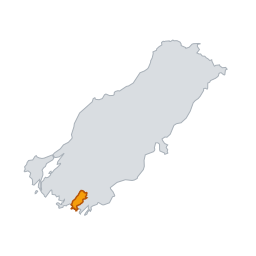 Turkey, with Aydin highlighted, rotated 316°
{"feature_id": "TUR-2229", "entity_name": "Aydin", "entity_type": "Province", "adm_level": 1, "iso_a3": "TUR", "parent_name": "Turkey", "parent_adm1": "", "projection": "natural_earth1", "projection_center": [27.708, 37.721], "detail": "fine", "context": "in_parent", "style": "filled", "palette": "amber", "viewbox_px": 256, "rotation_deg": 316, "n_neighbors": 0, "source": "natural_earth", "source_scale": "10m", "svg_char_len": 4793}
<svg xmlns="http://www.w3.org/2000/svg" viewBox="0 0 256 256"><g transform="rotate(316 128 128)"><path d="M198.8,90.6L202.5,91.9L203.7,91.0L207.0,91.1L210.0,91.8L211.5,89.8L213.6,90.0L214.0,91.0L215.0,91.4L218.2,94.0L217.9,94.3L218.7,95.3L221.4,95.9L221.7,97.2L223.9,99.2L225.1,102.3L224.6,104.4L223.5,105.7L225.4,110.3L224.9,110.9L228.2,112.4L232.3,112.2L233.6,112.8L237.7,116.4L238.7,117.8L236.0,116.1L234.5,117.6L233.9,121.2L229.7,121.8L230.5,124.1L231.7,125.2L231.4,127.4L231.8,128.3L233.1,129.7L233.0,131.7L233.6,133.8L233.7,136.3L235.6,137.1L234.8,138.2L233.1,143.3L233.3,143.7L234.6,143.8L237.7,146.2L237.2,147.0L237.7,150.2L240.4,152.3L240.1,153.4L240.2,154.5L238.3,154.0L234.7,156.9L234.2,156.8L233.7,155.8L233.4,152.9L232.4,152.2L231.2,152.0L229.2,153.3L227.3,153.3L225.4,153.0L220.4,151.2L218.5,151.8L216.6,151.1L213.0,154.7L211.9,155.0L211.3,153.2L209.9,152.2L208.3,153.6L202.0,155.3L199.0,155.6L195.4,155.0L192.4,155.2L184.5,159.1L176.8,161.3L169.8,161.1L165.9,158.6L162.9,158.0L154.1,161.8L149.7,161.7L148.2,160.1L144.9,159.5L144.2,161.0L143.6,164.5L144.8,167.8L143.0,168.0L141.8,168.7L141.5,171.2L139.8,172.2L139.3,173.7L139.0,173.7L136.2,172.5L136.9,171.3L135.0,166.7L135.9,165.3L139.4,161.6L139.2,159.4L137.6,157.9L133.1,160.6L132.7,161.7L131.7,162.5L130.0,162.8L121.8,159.3L117.1,162.4L113.1,166.9L110.1,168.6L101.0,169.8L99.5,170.7L96.4,169.8L94.5,168.6L90.2,163.4L82.3,159.5L73.9,158.6L73.2,159.6L72.9,163.5L71.6,167.3L71.0,167.7L69.1,166.7L62.7,168.9L57.2,166.5L56.2,165.4L55.0,161.1L54.2,160.8L53.3,161.4L52.4,161.3L48.4,159.5L46.3,159.3L45.0,161.2L43.0,161.9L42.9,161.4L43.7,160.2L40.4,160.5L38.7,161.4L36.3,160.8L36.4,160.3L38.4,159.7L42.8,159.1L45.6,156.2L35.0,156.3L34.0,156.9L33.9,155.4L34.5,154.7L37.2,154.2L37.1,152.9L35.4,151.6L33.5,150.9L32.7,147.8L31.8,147.0L31.9,146.5L33.6,146.0L34.0,143.7L33.7,142.3L30.3,141.0L29.5,141.2L28.7,139.9L27.3,139.1L26.1,139.8L22.7,137.9L23.3,136.5L24.1,136.6L24.3,135.5L23.6,133.7L23.7,132.8L24.4,132.6L25.3,132.8L26.1,133.8L26.2,135.8L27.2,137.0L27.8,135.8L29.4,136.5L32.1,135.9L32.7,135.3L30.6,135.4L29.9,134.9L28.2,131.6L29.9,130.6L31.2,129.0L28.8,127.9L29.3,125.6L27.3,123.1L30.0,119.8L29.8,119.3L29.0,119.1L20.7,120.5L20.5,119.0L21.2,117.8L21.1,114.6L21.5,112.9L23.0,112.4L24.9,109.9L28.0,106.9L31.2,107.0L32.5,106.2L34.4,106.1L34.9,107.3L36.6,108.1L39.5,108.0L40.9,107.2L39.6,105.7L41.2,105.3L42.6,105.6L41.8,107.2L42.2,107.4L46.0,106.9L50.0,107.3L54.4,107.1L54.9,106.6L51.8,105.0L53.8,103.6L54.9,103.3L64.1,102.0L64.1,101.7L58.5,101.0L55.6,99.1L54.8,98.1L55.3,95.6L56.0,95.0L58.0,94.9L64.9,96.0L69.8,95.3L75.2,96.9L80.4,96.6L81.4,95.9L82.7,93.5L89.9,89.6L92.4,87.6L103.6,83.6L120.5,84.3L123.4,82.7L125.2,83.2L124.7,84.3L124.8,85.2L126.9,87.6L130.0,89.0L134.1,87.8L135.7,88.2L137.3,92.0L139.9,94.2L141.2,94.4L142.7,93.0L144.2,92.9L146.7,94.2L147.6,95.5L155.8,97.0L157.5,98.1L163.0,99.3L175.0,96.6L179.5,98.4L183.3,99.0L184.8,98.7L189.6,96.6L191.1,95.4L194.1,94.4L197.8,92.0L198.8,90.6ZM42.8,84.1L42.5,85.7L43.2,87.6L44.9,90.1L46.7,91.4L54.9,94.8L53.7,98.1L51.7,98.6L44.7,97.0L41.8,98.3L39.7,98.0L36.9,98.6L36.1,100.5L34.1,102.7L28.4,105.5L23.2,110.9L21.8,111.6L22.4,109.8L22.4,108.2L24.6,106.3L27.8,104.8L28.6,103.6L20.7,103.8L19.9,102.2L20.7,101.8L23.3,98.8L23.6,97.6L23.3,94.7L26.5,93.0L26.8,92.3L26.3,89.4L23.3,87.8L23.3,86.9L25.5,86.2L26.7,84.1L29.8,83.8L31.3,82.8L33.9,82.3L37.3,84.8L41.3,83.8L42.8,84.1ZM19.1,110.8L16.4,111.2L15.6,110.8L16.4,109.9L18.5,109.3L19.1,110.2L19.1,110.8Z" fill="#d9dde1" stroke="#a8b0b8" stroke-width="1"/><path d="M35.7,150.5L35.3,150.7L35.2,150.8L35.1,151.0L34.7,151.2L34.7,151.3L34.9,151.4L34.1,151.5L33.8,151.7L33.7,151.5L33.5,151.4L33.4,151.4L33.2,151.4L33.3,151.2L33.4,150.9L33.5,150.7L33.5,150.3L33.6,149.6L33.4,149.7L33.2,149.6L33.0,149.8L33.1,149.5L33.2,149.3L33.2,149.1L33.1,148.9L33.1,148.7L33.3,148.6L33.4,148.3L33.4,148.0L33.4,147.9L33.2,147.8L32.6,147.4L31.5,147.1L31.1,146.8L31.2,146.5L31.4,146.5L32.2,146.5L32.5,146.5L33.5,146.1L33.9,145.7L34.0,145.5L34.0,145.1L34.0,144.8L34.0,144.6L33.9,144.5L33.8,144.4L33.7,144.2L33.8,143.9L34.0,143.8L34.0,143.6L34.8,143.6L35.8,143.2L37.2,142.3L37.8,142.2L40.7,142.4L43.4,141.7L45.7,141.7L46.1,141.5L46.5,141.3L47.0,141.1L47.5,141.1L49.3,140.4L50.9,140.4L51.0,140.8L51.2,141.1L51.8,141.5L52.0,142.0L52.0,142.5L52.2,143.3L52.0,143.7L51.8,143.8L51.8,144.2L52.0,144.6L52.2,144.9L52.5,145.3L53.2,145.5L53.3,145.8L53.3,146.2L52.9,146.5L52.5,146.5L51.9,147.2L51.3,147.8L50.4,147.7L49.6,148.0L49.3,148.5L49.5,149.1L49.8,149.4L49.9,149.6L48.3,149.4L47.5,148.9L46.7,148.3L45.9,148.1L45.3,148.6L44.8,149.4L44.4,149.8L42.9,149.9L42.1,149.8L41.6,149.6L41.1,149.6L40.6,149.7L40.0,149.6L39.2,149.1L38.2,148.9L37.8,148.7L37.4,148.5L37.0,148.5L36.6,148.7L36.5,148.9L35.8,150.3L35.7,150.5Z" fill="#f59e0b" stroke="#b45309" stroke-width="1.5"/></g></svg>